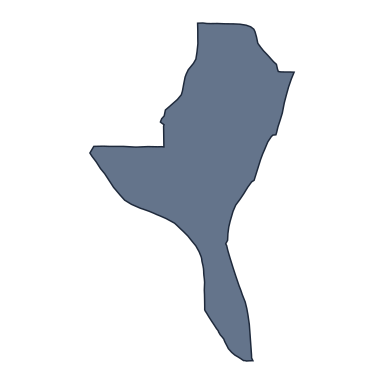 the district of Chraoy Chongvar, Phnom Penh, Cambodia
{"feature_id": "14789045B54201472344592", "entity_name": "Chraoy Chongvar", "entity_type": "district", "adm_level": 2, "iso_a3": "KHM", "parent_name": "Cambodia", "parent_adm1": "Phnom Penh", "projection": "albers", "projection_center": [104.923, 11.649], "detail": "fine", "context": "isolated", "style": "filled", "palette": "slate", "viewbox_px": 384, "rotation_deg": 0, "n_neighbors": 0, "source": "geoboundaries", "source_scale": "gbopen_adm2", "svg_char_len": 2256}
<svg xmlns="http://www.w3.org/2000/svg" viewBox="0 0 384 384"><path d="M294.1,72.2L290.1,72.0L284.8,72.0L280.6,71.9L278.3,71.5L277.5,69.2L276.4,64.3L273.5,61.7L270.9,58.8L267.8,55.3L263.4,50.7L260.7,47.3L257.8,43.3L256.5,37.0L255.0,31.7L253.8,29.2L250.7,26.8L246.2,25.2L240.0,24.2L233.6,23.9L225.1,23.8L217.3,23.5L210.5,23.6L206.8,23.5L202.8,23.0L197.6,23.2L197.8,31.2L197.8,37.6L197.9,43.7L197.0,52.0L195.9,59.1L193.5,63.3L188.3,69.7L186.2,74.1L185.1,77.1L183.7,84.1L182.4,91.2L181.3,94.8L177.4,99.5L172.2,104.1L165.4,110.0L164.2,115.9L161.7,118.7L160.4,122.0L161.6,123.0L164.0,124.7L163.6,126.2L163.9,146.9L161.5,146.7L157.7,146.8L152.9,146.7L148.0,146.6L136.5,147.1L135.4,147.1L123.2,146.4L117.5,146.4L110.1,146.4L109.0,146.4L103.8,146.2L102.6,146.2L93.8,146.4L89.9,153.0L92.0,156.3L96.3,162.0L100.5,168.6L104.7,173.7L106.2,176.0L108.6,179.7L110.7,182.9L113.6,187.4L117.6,192.1L120.2,195.2L124.7,200.2L131.4,204.3L137.3,206.9L140.5,208.3L143.3,209.2L149.2,211.3L154.0,213.3L156.6,214.5L160.3,216.0L166.0,218.5L170.8,221.1L174.6,223.2L177.0,225.4L180.5,228.8L183.4,231.5L187.9,236.0L191.6,240.7L195.8,245.8L199.1,251.7L201.2,256.9L201.6,258.5L202.0,261.5L203.0,265.8L203.5,268.8L203.7,271.7L203.7,272.9L203.9,275.4L204.3,278.6L204.6,282.3L204.3,290.1L204.4,292.3L204.5,294.7L204.6,299.9L204.7,305.9L204.7,308.6L204.7,309.7L205.1,310.8L206.7,313.2L208.9,316.9L211.6,321.1L214.2,325.0L216.5,328.6L218.2,330.7L218.5,331.8L220.3,334.9L222.0,336.8L223.9,339.2L224.2,340.3L225.2,342.5L226.9,345.7L228.4,348.7L229.5,349.9L231.7,352.4L234.9,355.1L238.0,356.9L240.2,358.3L243.6,360.6L245.1,360.6L246.4,361.0L249.3,360.8L252.9,360.7L251.6,358.0L251.5,354.8L250.0,333.8L249.3,324.4L248.0,315.3L246.8,308.5L245.2,302.0L242.3,294.7L241.1,291.1L240.7,290.0L239.0,285.6L236.9,279.4L235.6,275.6L232.9,267.3L232.1,264.7L230.1,258.3L228.3,252.2L227.6,249.6L226.7,245.7L225.7,243.8L227.6,240.3L227.9,233.7L228.8,226.9L230.1,221.4L233.0,211.4L235.7,205.1L240.2,199.0L243.7,193.8L247.8,187.1L251.6,181.9L254.1,180.3L260.6,159.5L262.6,154.1L264.7,149.3L267.8,141.9L271.3,136.6L272.9,135.1L275.9,134.8L276.6,132.5L278.0,126.7L280.2,120.0L282.3,113.1L284.3,102.8L286.4,94.8L288.6,86.9L291.4,78.8L293.6,73.4L294.1,72.2Z" fill="#64748b" stroke="#1e293b" stroke-width="1.5"/></svg>